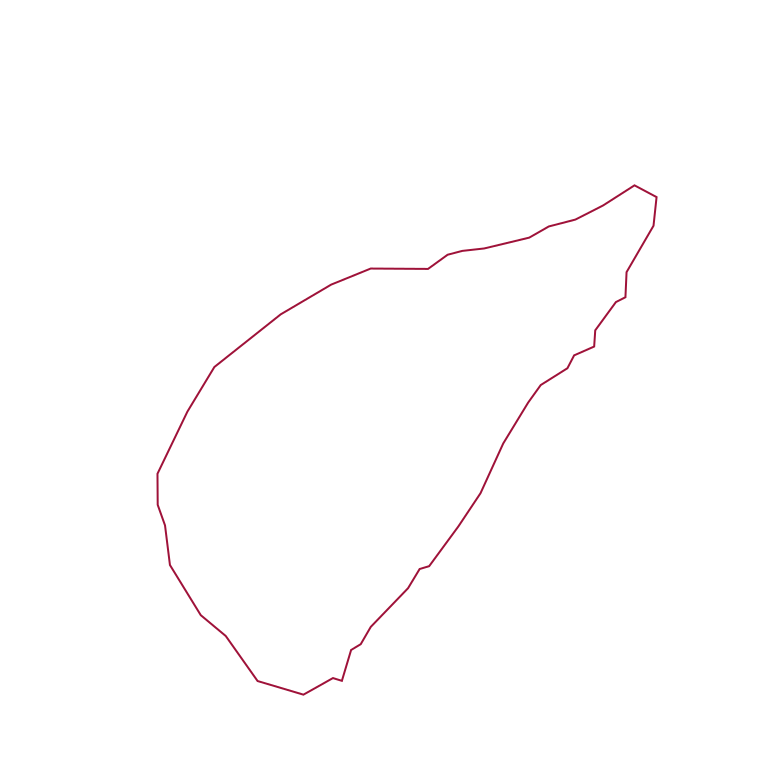 the district of Kuttu, Federated States of Micronesia, rotated 37°
{"feature_id": "79324940B89701258705978", "entity_name": "Kuttu", "entity_type": "district", "adm_level": 2, "iso_a3": "FSM", "parent_name": "Federated States of Micronesia", "parent_adm1": "", "projection": "equal_earth", "projection_center": [153.459, 5.455], "detail": "fine", "context": "isolated", "style": "outline", "palette": "rose", "viewbox_px": 768, "rotation_deg": 37, "n_neighbors": 0, "source": "geoboundaries", "source_scale": "gbopen_adm2", "svg_char_len": 702}
<svg xmlns="http://www.w3.org/2000/svg" viewBox="0 0 768 768"><g transform="rotate(37 384 384)"><path d="M510.3,312.0L509.8,290.5L521.0,261.0L518.6,246.7L529.3,227.6L520.4,214.0L519.9,179.0L524.6,169.4L510.4,148.7L504.0,95.4L489.2,70.7L464.5,74.6L451.5,109.6L437.9,137.5L420.8,159.0L411.9,179.7L382.4,215.5L366.4,230.6L357.0,242.5L349.9,265.6L303.9,299.8L282.0,336.4L259.6,390.5L238.3,472.5L243.6,524.3L257.1,592.0L276.0,616.7L294.2,628.7L322.0,657.4L376.8,678.9L409.3,680.5L461.8,697.3L506.6,680.6L520.2,649.6L529.0,646.4L517.8,616.2L522.0,605.8L519.6,585.9L526.1,532.6L523.8,510.3L529.7,502.3L529.1,452.9L526.8,413.1L515.0,359.7L510.3,312.0Z" fill="none" stroke="#9f1239" stroke-width="2"/></g></svg>